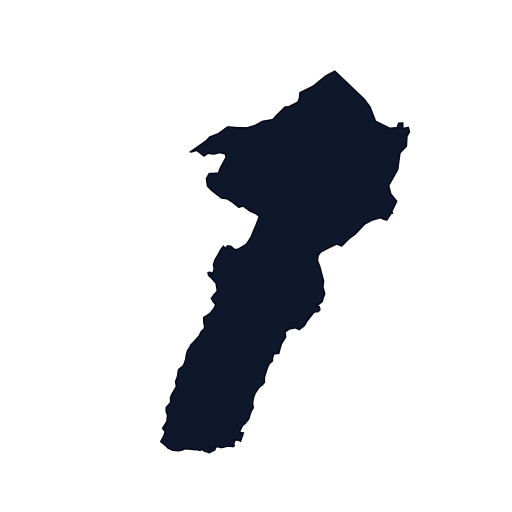 outline of Kato Lefkara, Larnaca, Cyprus, rotated 315°
{"feature_id": "46923920B54112432115071", "entity_name": "Kato Lefkara", "entity_type": "district", "adm_level": 2, "iso_a3": "CYP", "parent_name": "Cyprus", "parent_adm1": "Larnaca", "projection": "robinson", "projection_center": [33.345, 34.873], "detail": "fine", "context": "isolated", "style": "filled", "palette": "ink", "viewbox_px": 512, "rotation_deg": 315, "n_neighbors": 0, "source": "geoboundaries", "source_scale": "gbopen_adm2", "svg_char_len": 2769}
<svg xmlns="http://www.w3.org/2000/svg" viewBox="0 0 512 512"><g transform="rotate(315 256 256)"><path d="M382.5,322.7L383.5,320.5L394.2,316.7L395.2,307.3L399.7,299.9L407.9,297.7L417.6,294.9L425.1,289.1L430.7,284.9L440.0,284.7L447.3,278.1L452.3,276.7L454.6,272.8L450.0,269.7L453.8,265.7L450.8,263.0L446.6,265.1L440.9,260.3L435.8,245.2L441.9,231.5L443.4,221.8L442.4,181.0L432.6,178.0L416.8,176.4L402.6,171.6L398.2,175.2L394.5,176.8L384.8,173.7L381.8,171.2L370.1,171.1L364.4,171.5L355.8,165.4L347.6,163.0L340.2,159.0L333.2,151.7L327.3,144.7L315.9,142.9L307.5,139.2L302.3,139.3L295.1,138.1L283.4,136.0L283.7,136.6L288.8,139.4L289.4,144.1L289.9,148.5L294.7,149.4L298.3,154.1L303.4,157.1L306.5,162.0L304.7,165.1L293.4,168.4L288.0,170.8L281.2,164.7L275.7,166.2L271.1,172.3L271.1,178.5L271.9,185.2L272.7,190.7L276.0,195.0L277.4,201.0L278.3,209.4L282.3,211.6L283.5,219.9L286.0,226.3L286.2,230.5L279.0,233.7L276.9,234.6L271.7,236.6L266.5,238.9L261.2,240.2L257.4,240.8L253.8,240.0L248.3,238.6L245.5,236.6L245.0,231.2L242.9,228.6L239.9,229.4L239.8,226.1L236.0,226.5L228.9,228.6L224.3,229.7L219.9,232.0L217.0,235.9L212.9,237.7L211.9,234.8L210.3,233.9L208.8,236.1L208.9,240.4L208.5,247.1L206.9,249.2L204.7,252.3L203.5,253.6L199.3,253.6L194.4,254.5L193.4,258.5L193.1,262.0L188.8,263.5L182.6,264.1L175.5,262.5L172.0,266.2L169.7,269.7L167.7,270.9L163.9,270.7L159.5,272.3L152.8,272.7L146.6,272.9L144.6,273.8L142.3,274.2L140.7,274.5L136.4,277.0L132.9,279.6L127.2,282.2L120.7,281.6L115.6,285.5L110.3,288.0L107.4,292.0L100.2,293.9L95.7,295.5L92.1,299.2L85.5,299.6L82.8,302.1L80.7,306.2L76.0,310.0L68.1,311.8L67.7,315.9L64.3,317.8L57.4,319.9L58.0,326.0L58.0,329.6L59.7,334.4L63.6,339.0L66.8,341.1L69.3,342.0L74.5,347.8L74.9,348.8L77.4,351.3L78.8,353.7L81.2,354.8L81.6,357.8L83.0,360.1L83.8,362.0L86.2,362.8L89.7,364.0L92.0,362.7L94.1,363.6L95.6,366.5L97.5,368.0L101.0,370.0L102.9,371.8L105.2,374.8L106.6,374.8L107.2,373.2L110.9,371.4L112.9,373.1L114.1,376.0L116.0,375.1L121.9,372.2L120.9,370.9L119.7,368.7L126.7,366.3L129.5,366.7L135.6,366.1L142.1,362.6L146.8,361.3L149.7,357.4L154.4,354.2L158.4,352.4L165.7,351.0L169.2,351.6L172.6,351.3L176.0,347.8L185.1,343.0L189.2,341.5L193.3,341.8L195.8,339.6L199.4,337.8L203.3,340.9L208.1,338.1L211.7,336.1L219.6,334.3L222.8,330.4L227.8,331.1L233.1,334.6L234.5,338.6L240.4,339.4L242.9,339.0L245.5,338.1L249.9,337.6L255.0,337.0L257.8,336.9L260.7,339.3L263.3,339.1L264.8,336.6L263.1,334.2L265.7,334.5L270.8,335.0L273.4,333.4L277.9,331.3L281.3,325.3L285.9,321.7L293.6,308.6L296.1,302.8L300.1,299.6L304.5,298.9L309.7,300.5L314.9,302.2L321.7,304.7L323.6,309.5L334.7,309.5L341.0,310.6L349.6,310.4L355.2,310.2L363.1,312.5L371.1,316.9L372.5,320.8L374.0,323.1L376.8,322.4L382.5,321.2L382.5,322.7Z" fill="#0f172a" stroke="#020617" stroke-width="1.5"/></g></svg>